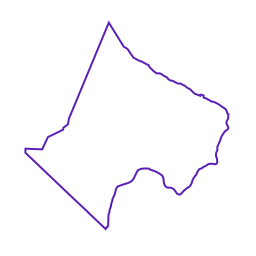 Loudoun, Virginia, United States of America, rotated 96°
{"feature_id": "52423323B61122994047391", "entity_name": "Loudoun", "entity_type": "district", "adm_level": 2, "iso_a3": "USA", "parent_name": "United States of America", "parent_adm1": "Virginia", "projection": "mercator", "projection_center": [-77.613, 39.085], "detail": "fine", "context": "isolated", "style": "outline", "palette": "violet", "viewbox_px": 256, "rotation_deg": 96, "n_neighbors": 0, "source": "geoboundaries", "source_scale": "gbopen_adm2", "svg_char_len": 2066}
<svg xmlns="http://www.w3.org/2000/svg" viewBox="0 0 256 256"><g transform="rotate(96 128 128)"><path d="M25.2,158.1L124.8,187.7L130.6,188.1L134.5,192.3L136.5,192.4L145.4,206.7L158.2,211.1L159.3,227.8L163.4,227.4L176.1,210.9L183.8,200.9L197.1,183.6L206.7,171.1L207.2,170.4L214.5,160.8L216.9,157.8L230.8,139.7L229.0,139.0L228.9,138.4L228.4,138.0L226.9,137.5L223.6,137.9L220.6,137.9L218.0,138.3L215.6,138.2L214.0,137.6L212.2,137.9L207.8,136.8L206.9,136.8L206.0,136.9L202.5,136.1L200.0,135.9L195.4,134.3L190.4,133.6L188.6,133.0L187.6,132.5L187.2,132.0L185.1,127.9L184.0,125.2L182.5,121.9L181.2,119.7L179.7,118.2L176.7,116.6L175.2,116.2L170.1,114.3L168.6,113.3L168.3,112.7L167.1,110.4L166.4,106.5L166.3,103.4L166.2,102.7L167.0,101.8L168.2,96.5L169.8,92.4L171.6,89.3L173.4,87.8L179.6,86.3L182.0,84.8L182.4,84.2L183.2,82.4L182.9,79.4L183.7,76.7L184.8,75.3L188.1,72.4L188.4,71.7L188.7,71.0L188.8,69.8L188.7,69.3L188.0,68.4L184.4,65.8L181.3,62.8L180.1,61.0L179.4,60.3L176.2,58.9L172.4,58.2L168.7,56.3L168.3,55.8L167.8,55.5L163.9,54.2L161.9,53.1L161.1,52.2L160.7,51.1L160.2,50.3L158.5,48.5L157.9,47.1L155.4,44.2L154.7,40.7L155.0,37.6L154.6,36.7L153.7,36.0L153.5,35.8L152.4,35.7L149.6,36.2L146.5,37.6L145.0,37.8L143.0,37.6L140.8,36.8L137.5,37.2L131.0,35.1L129.6,34.9L126.1,33.9L121.2,31.3L119.5,29.3L118.1,28.2L117.7,28.3L116.2,28.5L114.4,30.0L112.5,30.7L111.1,30.6L107.7,29.3L105.1,29.7L103.9,29.5L103.8,30.1L103.2,30.6L100.5,31.8L98.9,33.2L94.9,40.5L93.9,42.9L93.1,45.4L92.9,46.6L93.0,47.6L93.0,47.9L92.3,48.8L92.2,49.0L91.3,51.3L91.2,51.7L90.4,53.6L90.2,53.9L89.9,55.8L88.7,56.3L88.2,56.1L87.9,56.6L87.5,56.8L87.3,57.1L87.3,59.4L87.4,59.6L88.4,59.6L87.2,64.3L87.1,64.9L84.9,68.0L83.9,69.0L83.1,70.2L81.5,73.9L79.9,76.0L79.6,77.6L78.4,80.0L78.3,80.4L78.6,82.7L78.5,83.3L76.3,88.9L76.4,89.4L76.2,91.0L75.9,91.8L74.9,93.4L74.2,93.8L73.5,94.9L71.8,99.0L70.9,100.2L70.4,102.1L70.4,103.1L70.6,104.2L70.6,105.4L68.7,108.6L65.2,113.0L63.6,113.8L63.1,115.0L60.4,121.6L59.9,124.0L57.4,130.0L49.3,136.9L47.6,140.7L25.2,158.1Z" fill="none" stroke="#5b21b6" stroke-width="2"/></g></svg>